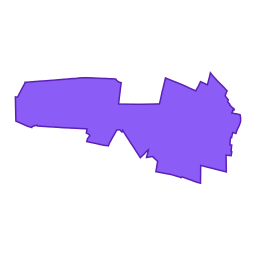 the district of Tezoyuca, México, Mexico
{"feature_id": "50627088B56189493981612", "entity_name": "Tezoyuca", "entity_type": "district", "adm_level": 2, "iso_a3": "MEX", "parent_name": "Mexico", "parent_adm1": "México", "projection": "albers", "projection_center": [-98.934, 19.594], "detail": "fine", "context": "isolated", "style": "filled", "palette": "violet", "viewbox_px": 256, "rotation_deg": 0, "n_neighbors": 0, "source": "geoboundaries", "source_scale": "gbopen_adm2", "svg_char_len": 4252}
<svg xmlns="http://www.w3.org/2000/svg" viewBox="0 0 256 256"><path d="M15.9,121.1L16.2,121.3L16.4,121.3L16.6,121.4L17.0,121.6L17.8,121.9L18.2,122.1L18.6,122.3L19.1,122.5L19.5,122.7L19.8,122.8L20.2,123.0L20.8,123.2L21.1,123.4L21.8,123.7L22.1,123.8L23.0,124.2L24.1,124.7L24.2,124.8L24.8,125.0L25.6,125.4L26.1,125.6L26.5,125.7L26.8,125.9L27.2,126.1L27.4,126.2L27.6,126.2L28.4,126.5L29.8,126.9L31.1,127.3L31.8,127.5L32.0,126.7L32.3,126.6L33.6,126.1L33.7,125.9L34.0,125.6L34.6,125.8L36.0,125.5L37.3,125.3L37.4,126.0L37.8,126.0L38.7,126.1L39.7,126.2L40.1,126.2L41.7,126.3L43.1,126.4L45.1,126.5L46.0,126.6L46.3,126.6L47.3,126.7L48.9,126.8L50.6,126.9L51.9,126.9L53.1,127.0L54.9,127.1L56.0,127.2L56.3,127.2L57.8,127.3L58.4,127.4L59.2,127.4L60.7,127.5L61.5,127.6L62.9,127.7L63.7,127.7L65.3,127.8L65.7,127.8L68.6,127.9L71.5,128.1L74.4,128.2L87.0,128.9L87.0,129.1L86.4,132.6L86.3,133.0L88.1,133.9L88.5,134.3L89.3,134.9L89.8,135.8L87.8,138.2L87.6,138.6L86.7,141.6L87.0,141.6L90.5,142.4L96.0,143.5L99.2,144.3L99.4,144.3L103.8,145.3L106.5,145.6L108.2,145.7L108.4,145.8L109.5,142.9L111.0,140.3L112.4,137.7L113.7,135.5L114.6,133.9L116.7,130.1L119.8,129.7L121.0,131.1L122.0,132.0L122.7,130.4L124.5,133.2L126.2,136.0L127.5,137.9L129.1,140.4L130.4,142.5L132.9,146.2L135.1,149.6L136.8,152.3L138.6,155.0L140.3,157.7L141.5,156.6L142.4,155.7L143.4,154.7L144.1,154.1L145.5,152.5L147.1,150.8L148.4,149.8L148.3,150.4L146.9,155.9L146.6,157.0L146.5,157.5L149.4,157.0L152.4,156.5L155.0,158.9L157.6,161.3L157.0,165.2L156.3,169.2L156.2,169.8L155.9,171.7L156.2,171.7L159.2,172.3L162.3,172.9L165.4,173.5L170.0,174.3L172.5,174.9L176.0,176.0L179.5,177.0L180.0,177.2L181.2,177.7L182.0,176.8L184.9,177.9L187.9,179.0L190.8,180.0L193.7,181.1L196.7,182.2L200.5,183.2L200.6,174.3L200.6,174.2L200.7,165.4L209.2,167.6L213.3,168.6L219.1,170.1L220.6,170.5L221.3,170.6L223.5,171.2L224.6,171.5L225.8,171.8L226.3,171.9L226.3,168.6L226.2,165.2L226.2,161.8L226.1,158.5L226.1,155.1L226.8,155.2L231.1,155.7L231.8,151.9L231.8,151.7L231.2,151.5L231.2,151.1L231.3,149.0L231.6,146.4L231.7,145.0L229.9,144.9L230.1,142.4L230.1,141.8L230.0,141.5L230.2,140.4L230.4,139.1L230.8,137.4L231.6,137.6L232.1,135.2L232.7,132.5L235.9,133.5L237.0,130.2L237.2,129.9L237.4,129.3L237.7,128.7L238.7,126.6L239.3,125.3L239.9,123.6L240.6,121.6L240.6,121.2L240.6,119.2L240.6,118.5L240.5,116.8L240.5,116.6L240.0,114.6L239.7,114.5L239.4,114.5L238.5,114.4L237.8,114.2L237.0,114.0L236.3,113.8L235.5,113.7L234.4,113.6L233.3,113.2L232.2,113.2L231.9,113.2L232.0,112.6L232.2,112.2L232.4,111.6L232.6,111.0L232.7,110.7L233.0,110.0L233.7,110.5L233.8,110.4L234.3,109.2L233.4,108.4L232.2,107.4L229.7,105.1L229.8,104.6L229.9,104.4L229.1,103.4L227.7,101.9L228.0,100.8L228.3,99.8L227.4,98.7L225.1,95.8L225.5,94.7L226.4,92.5L227.1,90.8L225.9,89.6L224.2,87.7L222.7,86.2L220.2,83.7L219.8,83.3L219.1,82.6L218.1,81.6L216.3,79.7L215.9,79.2L215.7,78.9L215.0,78.3L214.6,77.8L214.1,77.3L212.3,75.2L212.2,75.1L210.4,72.8L209.6,76.3L209.5,76.8L209.5,77.0L209.0,78.6L208.7,79.6L208.4,81.0L208.1,82.2L207.4,84.8L205.2,83.8L200.6,81.6L200.0,82.6L199.7,83.3L199.6,83.6L199.0,84.8L198.4,86.1L197.4,87.9L197.3,88.1L197.0,88.6L196.4,89.6L195.7,90.9L195.3,90.6L194.3,90.2L193.5,89.8L192.2,89.3L191.6,89.0L190.2,88.4L188.6,87.7L185.8,86.3L184.7,85.8L181.5,84.4L166.2,78.3L165.8,77.9L165.5,77.9L163.1,88.0L162.1,91.9L161.4,95.3L159.5,103.9L151.7,104.1L140.2,104.3L138.6,104.3L130.5,104.2L119.2,104.1L118.6,104.0L119.3,97.7L119.7,94.6L120.7,86.4L121.2,82.7L120.6,82.5L119.7,82.3L118.9,82.0L118.2,81.6L117.4,81.0L116.5,80.1L115.8,79.1L114.4,78.9L111.2,78.8L107.8,78.6L104.6,78.4L101.7,78.4L97.3,78.2L92.0,77.9L88.0,77.8L86.6,77.7L82.7,77.8L79.6,77.9L79.4,77.9L79.3,78.0L75.3,78.5L71.6,78.6L69.2,78.9L66.6,79.1L63.7,79.3L61.4,79.5L59.0,79.7L56.9,79.9L56.0,80.0L55.4,80.0L54.7,80.1L50.7,80.4L50.2,80.4L49.2,80.5L45.5,80.8L44.7,80.9L43.4,81.0L41.8,81.0L40.3,81.1L38.9,81.2L38.3,81.3L36.9,81.4L35.3,81.5L31.7,81.8L28.4,82.1L25.0,82.3L25.1,82.8L24.6,83.8L23.9,85.0L23.2,86.3L22.5,87.6L22.3,88.0L22.0,88.6L21.0,90.4L20.7,91.0L20.5,91.4L20.2,92.1L19.7,92.9L18.6,95.1L17.6,96.9L17.5,97.2L15.4,96.9L15.4,97.0L15.4,97.6L15.5,102.7L15.6,108.3L15.6,108.6L15.6,109.0L15.7,111.8L15.7,113.7L15.8,117.1L15.8,119.0L15.9,121.1Z" fill="#8b5cf6" stroke="#5b21b6" stroke-width="1.5"/></svg>